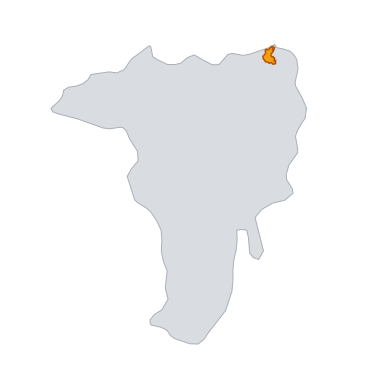 Pepillo Salcedo, Monte Cristi, Dominican Republic shown in context, rotated 81°
{"feature_id": "3306468B50273300961313", "entity_name": "Pepillo Salcedo", "entity_type": "district", "adm_level": 2, "iso_a3": "DOM", "parent_name": "Dominican Republic", "parent_adm1": "Monte Cristi", "projection": "equal_earth", "projection_center": [-71.693, 19.654], "detail": "fine", "context": "in_parent", "style": "filled", "palette": "amber", "viewbox_px": 384, "rotation_deg": 81, "n_neighbors": 0, "source": "geoboundaries", "source_scale": "gbopen_adm2", "svg_char_len": 3894}
<svg xmlns="http://www.w3.org/2000/svg" viewBox="0 0 384 384"><g transform="rotate(81 192 192)"><path d="M60.1,273.4L60.4,255.1L62.6,247.7L60.6,239.8L51.5,231.5L45.9,220.8L40.9,211.4L42.0,210.0L52.0,209.6L55.5,206.1L62.2,196.4L63.5,188.6L62.9,182.7L58.6,175.7L56.9,168.3L62.3,161.8L69.3,152.4L70.2,148.7L70.1,145.1L61.9,135.2L61.3,130.9L65.1,120.1L64.8,113.0L61.0,90.7L59.2,87.4L62.8,85.5L65.2,78.9L68.4,73.0L72.6,69.8L77.4,67.8L87.0,68.0L100.1,73.1L103.9,73.0L116.5,68.4L127.0,65.8L136.9,68.7L140.9,72.7L149.1,79.1L153.2,81.1L166.1,80.9L169.7,81.5L180.5,92.1L189.7,96.3L195.0,96.5L204.4,92.4L209.1,92.5L214.6,101.6L215.7,114.5L220.3,126.2L227.2,133.7L261.3,130.6L269.0,136.7L266.4,141.8L261.6,144.6L245.3,143.4L238.2,144.0L236.8,149.1L236.8,153.8L246.3,154.9L255.7,157.3L265.2,161.1L274.8,163.7L285.7,165.4L296.4,168.1L314.4,177.4L334.2,198.5L339.5,203.3L343.1,209.9L341.5,218.0L334.5,231.4L330.5,235.7L324.7,238.3L320.8,243.7L317.0,253.1L314.6,253.9L311.8,253.5L307.0,248.2L303.6,240.1L294.0,232.4L282.7,233.4L266.0,228.9L255.9,231.1L245.8,231.6L235.4,229.3L225.0,228.5L214.6,231.4L204.6,236.2L200.9,239.4L194.4,247.0L191.0,249.8L166.5,253.6L159.4,248.0L152.9,240.4L143.4,239.4L129.8,245.3L121.2,247.4L117.8,249.9L116.8,252.8L116.7,263.5L114.8,269.9L101.5,294.4L94.0,311.7L90.9,317.1L87.3,318.2L80.7,308.3L76.5,304.7L71.4,302.9L69.2,297.6L69.3,290.1L67.9,282.8L64.7,277.1L60.1,273.4Z" fill="#d9dde1" stroke="#a8b0b8" stroke-width="1"/><path d="M75.0,99.0L75.1,98.6L75.1,97.8L75.1,97.6L75.2,97.4L75.3,97.2L75.5,97.0L75.9,96.8L76.4,96.2L76.5,96.1L76.6,95.8L76.6,95.6L77.0,95.1L77.0,94.9L76.9,94.8L76.7,94.7L76.5,94.3L76.5,94.0L76.6,93.8L76.8,93.2L77.0,93.0L77.1,92.9L77.5,92.6L77.9,92.5L78.1,92.5L78.2,92.3L78.4,92.1L78.4,91.9L78.3,91.6L78.3,91.4L78.4,91.0L78.5,90.9L78.4,90.7L78.3,90.4L78.3,90.2L78.4,89.8L78.3,89.6L78.2,89.5L77.8,89.4L77.6,89.2L77.4,89.2L77.0,89.1L76.7,89.1L76.5,89.3L76.3,89.4L76.0,89.8L75.9,89.9L75.7,89.9L75.6,89.7L75.6,89.1L75.5,88.9L75.4,88.9L75.2,88.9L75.2,89.0L75.1,89.4L75.1,90.0L75.0,90.3L74.9,90.3L74.7,90.4L74.4,90.3L74.3,90.2L73.9,89.9L73.2,89.7L72.8,89.4L72.7,89.4L72.5,89.5L72.4,89.6L72.4,90.1L72.3,90.3L72.2,90.4L72.0,90.5L71.8,90.6L71.6,90.6L71.2,90.6L70.9,90.9L70.9,91.0L70.9,91.6L70.9,91.9L70.8,92.1L70.6,92.3L70.4,92.5L70.0,92.7L69.9,92.8L69.7,92.8L69.5,92.7L69.1,92.6L68.7,92.5L68.5,92.4L68.0,92.1L67.8,91.9L67.7,91.7L67.3,91.5L67.2,91.4L67.1,91.2L67.0,90.9L66.9,90.8L66.7,90.6L66.6,90.4L66.4,90.3L66.1,90.2L65.6,89.9L65.3,89.7L64.7,88.9L64.4,88.8L63.9,88.7L63.6,88.5L63.4,88.4L63.3,88.5L63.2,88.5L63.1,88.9L63.0,89.0L63.3,89.1L63.5,89.1L63.5,88.9L63.6,88.7L63.8,88.7L63.9,88.8L64.0,88.8L64.1,89.0L64.1,89.3L64.1,89.5L63.9,89.5L63.7,89.7L63.7,89.9L63.8,89.9L63.9,90.0L64.0,90.0L64.0,89.9L64.3,89.9L64.3,90.0L64.6,90.0L64.6,89.9L64.9,89.9L64.9,90.1L64.7,90.2L64.6,90.3L64.4,90.3L64.3,90.2L64.2,90.2L63.9,90.1L63.7,90.0L63.7,89.9L63.4,89.8L63.4,89.6L63.2,89.5L63.0,89.4L62.9,89.4L62.8,89.2L63.0,89.0L63.0,88.8L62.9,88.8L62.9,88.6L62.5,88.6L62.4,88.7L62.2,88.7L62.2,88.4L62.2,88.2L62.1,88.3L62.2,88.5L61.9,88.7L61.9,88.8L61.7,88.8L61.4,88.9L61.4,89.0L61.2,89.0L60.8,89.2L60.9,89.4L60.8,89.5L60.8,89.8L60.9,89.6L61.0,89.6L61.0,89.8L61.3,89.8L61.3,90.0L61.2,90.0L60.9,90.3L61.2,90.4L61.2,90.5L61.3,90.5L61.3,90.8L61.2,90.9L61.3,91.0L61.4,91.3L61.2,91.5L61.5,91.6L61.8,92.2L62.0,92.7L62.3,92.8L62.7,92.9L62.7,93.1L62.8,93.2L63.0,93.5L63.2,94.7L63.2,94.9L63.0,95.1L63.0,95.3L62.9,95.6L62.9,96.9L63.2,96.8L63.4,96.8L63.5,96.9L63.6,97.0L63.7,97.3L63.9,97.5L64.0,97.6L64.3,97.7L64.6,97.5L64.9,97.5L66.0,97.5L66.3,97.5L66.8,97.9L67.4,98.5L67.5,98.8L67.7,99.0L67.9,99.2L68.2,99.4L68.3,99.5L68.6,100.1L68.8,100.4L69.0,100.7L69.2,100.8L69.3,100.8L69.5,100.7L70.2,100.6L70.6,100.7L70.9,100.8L71.0,100.9L71.4,100.7L71.8,100.6L72.4,100.2L72.8,99.9L73.3,99.6L73.7,99.4L74.2,99.4L74.3,99.3L74.6,99.2L75.0,99.0Z" fill="#f59e0b" stroke="#b45309" stroke-width="1.5"/></g></svg>